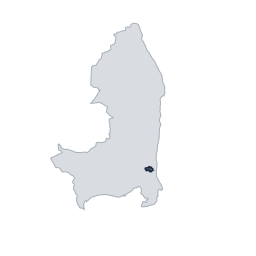 San Miguel, Cajamarca, Peru (highlighted), rotated 212°
{"feature_id": "86281439B14604088738254", "entity_name": "San Miguel", "entity_type": "district", "adm_level": 2, "iso_a3": "PER", "parent_name": "Peru", "parent_adm1": "Cajamarca", "projection": "mercator", "projection_center": [-78.987, -6.973], "detail": "fine", "context": "in_parent", "style": "filled", "palette": "slate", "viewbox_px": 256, "rotation_deg": 212, "n_neighbors": 0, "source": "geoboundaries", "source_scale": "gbopen_adm2", "svg_char_len": 4979}
<svg xmlns="http://www.w3.org/2000/svg" viewBox="0 0 256 256"><g transform="rotate(212 128 128)"><path d="M178.5,76.8L178.5,77.4L177.6,77.8L176.9,77.3L175.8,77.4L174.1,75.9L170.2,76.2L168.4,77.9L165.8,78.3L162.9,79.1L159.7,79.5L154.6,82.3L153.5,83.5L151.2,85.1L149.3,85.7L148.3,90.8L146.5,93.9L145.8,95.5L146.8,98.0L146.8,99.2L145.7,100.2L144.9,100.3L143.1,101.4L140.5,103.6L140.1,105.4L140.9,107.7L140.6,108.0L138.5,108.4L138.5,109.7L138.1,110.2L139.9,112.1L140.9,112.5L141.0,113.0L140.8,113.4L140.4,113.6L140.4,114.1L141.7,115.4L142.6,118.2L144.5,119.5L144.6,120.4L145.1,121.3L146.1,122.0L148.4,124.8L148.4,126.0L146.0,129.0L150.0,129.0L154.4,130.0L155.0,130.5L155.5,131.8L155.5,132.7L156.4,133.4L156.3,135.0L162.1,135.0L165.8,134.6L171.8,129.7L172.8,129.3L172.2,130.3L172.2,131.1L172.5,132.0L171.8,133.2L171.7,145.3L172.8,144.6L174.2,145.8L175.3,145.8L178.6,144.4L182.4,144.7L191.3,160.5L190.6,161.6L190.6,162.4L189.5,163.1L188.4,164.4L188.4,170.7L187.4,172.7L188.0,173.7L188.4,175.7L189.3,176.9L189.5,177.7L189.4,178.0L188.1,178.7L188.1,179.8L185.8,182.1L185.4,183.6L184.6,184.2L184.4,185.9L186.5,188.7L185.2,190.4L184.0,192.9L186.0,198.2L186.8,199.0L187.7,198.9L189.1,199.4L189.8,200.2L188.1,201.2L187.9,201.6L188.0,203.4L186.2,204.7L183.8,208.0L183.1,208.2L181.9,209.2L181.7,209.7L181.9,210.2L183.0,211.2L183.1,212.4L181.3,213.9L180.1,214.1L179.7,214.5L180.2,216.6L180.1,217.5L179.8,218.6L178.9,219.8L176.3,221.0L174.0,221.2L170.0,218.2L168.7,216.9L164.8,214.3L164.2,211.5L162.8,210.2L160.4,209.2L158.5,207.8L157.0,207.1L153.5,204.1L150.2,203.1L144.1,199.8L140.8,198.8L136.6,195.8L134.4,194.9L132.6,193.5L127.1,190.5L126.2,189.6L125.4,188.1L124.1,187.2L122.8,185.2L120.7,184.0L118.8,182.5L116.3,178.3L115.2,177.3L115.1,175.4L114.3,174.5L115.5,173.9L116.3,170.9L115.9,169.4L113.1,165.5L112.5,163.8L110.5,160.8L109.8,158.9L108.1,157.6L107.5,156.5L106.6,156.0L106.5,154.6L105.9,151.9L105.0,150.6L101.7,148.1L101.4,145.4L100.7,143.5L96.2,135.9L93.6,128.6L91.4,124.5L90.5,122.2L90.4,120.9L88.8,118.8L87.9,116.8L84.3,113.0L82.2,108.8L81.9,107.6L80.4,105.3L78.1,102.3L76.9,101.1L69.9,97.4L66.6,95.1L66.2,93.9L66.4,93.3L67.1,92.6L68.1,93.1L68.7,92.9L69.2,92.1L69.2,90.8L68.6,89.2L66.4,86.1L66.9,84.7L64.7,81.1L65.2,77.7L65.7,76.8L69.1,73.2L70.1,71.7L71.5,70.8L73.0,69.4L74.8,68.3L75.3,68.6L75.8,70.5L75.8,71.8L76.3,73.2L75.0,74.5L73.7,74.2L73.1,74.5L72.9,75.1L73.2,76.1L73.5,76.5L74.5,76.5L73.2,78.4L73.3,78.7L74.2,79.1L75.1,78.6L76.1,77.5L76.6,77.4L80.1,79.2L81.7,79.0L82.9,79.8L83.0,81.2L84.7,83.7L87.3,84.4L87.7,84.2L88.3,83.2L88.9,83.0L89.0,81.6L91.2,80.1L91.5,79.0L91.2,78.3L91.3,77.7L92.6,74.3L93.0,73.9L93.4,72.8L93.9,72.2L94.6,68.4L95.2,68.4L95.8,69.3L96.5,69.1L96.1,68.2L96.2,67.9L98.7,64.9L99.5,64.2L111.3,60.0L117.2,55.7L122.4,49.7L124.0,43.6L124.6,44.0L125.6,43.9L125.3,41.4L125.5,40.2L125.5,39.9L123.9,38.4L123.2,36.8L121.8,35.9L121.8,35.6L123.3,35.9L124.7,35.8L125.9,34.8L126.7,34.8L128.7,36.2L130.1,36.3L130.6,37.3L132.0,38.0L133.9,40.2L134.8,42.4L134.8,42.9L135.7,44.1L137.6,44.6L139.5,46.3L141.5,46.8L142.4,48.4L142.9,48.9L143.2,49.7L142.9,50.7L143.2,51.3L144.6,52.2L145.9,52.2L146.2,52.7L146.9,55.2L146.4,56.5L146.6,57.2L148.2,57.8L148.7,58.3L150.0,58.4L151.9,57.9L154.2,58.7L156.0,58.4L156.8,58.2L157.6,57.6L158.3,57.6L160.1,56.0L160.6,55.9L162.6,56.6L164.2,57.7L166.2,57.5L167.0,56.8L168.5,56.4L171.1,57.8L171.7,58.4L172.4,58.6L175.2,59.9L175.7,60.4L177.2,61.0L177.5,61.4L177.4,61.9L170.8,72.2L172.9,73.1L174.8,72.6L175.8,73.2L176.5,74.9L178.0,76.0L178.5,76.8Z" fill="#d9dde1" stroke="#a8b0b8" stroke-width="1"/><path d="M85.5,106.6L85.8,106.6L86.0,106.5L86.3,106.5L86.5,106.5L86.8,106.4L86.8,106.5L87.0,106.5L87.1,106.8L87.2,107.0L87.3,107.1L87.5,107.0L87.5,106.9L87.5,106.7L87.8,106.4L88.0,106.4L88.1,106.5L88.3,106.5L88.5,106.5L88.8,106.7L89.0,106.7L89.1,106.4L89.2,106.2L89.3,106.0L89.2,105.9L89.3,105.9L89.2,105.8L89.3,105.7L89.2,105.7L89.3,105.5L89.3,105.4L89.3,105.2L89.5,105.0L89.6,104.9L89.8,104.9L90.0,104.8L90.3,104.8L90.3,104.7L90.5,104.6L90.7,104.4L90.8,104.3L90.9,104.2L91.0,104.1L91.1,103.9L91.2,103.7L91.3,103.7L91.5,103.7L91.7,103.4L91.8,103.4L91.8,103.2L91.9,102.9L91.8,102.7L91.7,102.7L91.8,102.7L91.7,102.5L91.7,102.4L91.4,102.3L91.4,102.2L91.2,102.1L90.9,102.0L90.7,102.0L90.5,101.9L90.4,101.9L90.2,101.7L89.9,101.5L89.7,101.6L89.6,101.8L89.6,102.0L89.4,102.1L89.3,102.3L89.3,102.5L89.2,102.5L89.3,102.8L89.2,102.9L89.2,103.0L88.9,103.1L88.7,103.0L88.4,103.1L88.2,103.2L87.9,103.0L87.7,103.0L87.5,102.9L87.5,103.0L87.4,103.0L87.4,103.3L87.2,103.3L86.9,103.3L86.9,103.2L86.9,103.3L86.8,103.2L86.8,103.3L86.7,103.3L86.6,103.2L86.4,103.1L86.2,102.9L85.9,102.9L85.9,103.0L85.7,103.2L85.4,103.2L85.3,103.3L85.1,103.4L85.1,103.5L84.9,103.6L85.0,103.8L84.9,103.8L85.0,103.8L85.1,104.0L85.0,104.3L85.0,104.5L85.0,104.8L84.9,104.8L84.8,105.0L84.7,105.2L84.8,105.3L84.7,105.4L84.8,105.4L84.8,105.5L84.9,105.8L85.0,105.9L85.0,106.0L85.3,106.2L85.2,106.3L85.3,106.4L85.4,106.5L85.5,106.6Z" fill="#64748b" stroke="#1e293b" stroke-width="1.5"/></g></svg>